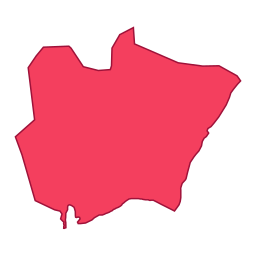 Gwoza, Borno, Nigeria (Equal Earth projection)
{"feature_id": "59680162B2846194934808", "entity_name": "Gwoza", "entity_type": "district", "adm_level": 2, "iso_a3": "NGA", "parent_name": "Nigeria", "parent_adm1": "Borno", "projection": "equal_earth", "projection_center": [13.592, 11.15], "detail": "fine", "context": "isolated", "style": "filled", "palette": "rose", "viewbox_px": 256, "rotation_deg": 0, "n_neighbors": 0, "source": "geoboundaries", "source_scale": "gbopen_adm2", "svg_char_len": 1901}
<svg xmlns="http://www.w3.org/2000/svg" viewBox="0 0 256 256"><path d="M63.7,228.3L64.1,228.4L65.9,227.7L65.8,223.4L65.8,222.6L65.5,221.0L65.4,219.5L65.7,217.5L65.8,213.2L67.6,209.7L67.6,207.3L67.8,206.0L68.4,205.2L69.6,204.8L70.8,205.2L71.7,205.6L74.1,207.3L75.3,211.4L75.4,215.8L75.6,217.2L76.4,217.5L78.1,217.0L79.6,217.4L80.1,218.9L77.5,222.1L78.2,223.6L80.3,223.6L85.6,223.0L92.0,219.9L94.4,217.7L99.2,215.0L99.3,215.0L102.3,215.0L104.4,214.2L106.0,213.4L107.3,213.0L109.3,212.2L110.5,211.4L112.3,210.6L113.5,209.4L114.8,209.0L116.0,208.2L118.1,207.4L119.6,206.6L120.8,205.8L121.7,205.0L122.4,203.8L123.6,203.0L125.4,201.4L126.8,200.4L129.0,199.0L131.2,198.6L138.5,198.6L140.6,199.0L141.8,199.0L143.0,199.4L145.7,199.8L147.0,199.8L147.6,199.8L148.5,199.8L148.7,200.0L149.4,200.3L150.2,200.4L150.6,200.2L151.1,200.2L153.3,200.2L154.8,201.0L157.6,202.4L161.0,204.2L163.4,205.4L166.8,207.1L174.5,211.0L176.7,208.0L179.0,204.8L180.2,201.5L180.7,198.3L180.8,197.4L180.8,195.8L180.8,190.7L180.8,190.3L180.7,188.2L181.0,187.1L182.2,183.3L185.5,179.7L186.1,178.5L187.0,174.7L187.7,171.8L189.1,166.7L190.2,162.5L193.9,156.9L194.9,155.6L196.0,154.2L198.9,150.9L201.5,145.9L202.3,141.5L204.1,138.2L206.4,136.5L207.5,134.8L207.7,134.3L208.1,134.0L208.3,133.8L208.5,133.6L208.6,133.2L208.6,132.9L208.5,132.7L207.2,131.1L207.1,130.8L207.2,130.3L207.5,129.7L207.9,128.5L211.0,126.6L213.9,123.2L218.7,117.0L226.2,104.9L229.4,97.5L230.8,92.9L233.8,88.8L235.5,86.7L237.6,84.1L240.6,80.9L237.1,75.9L219.0,65.8L202.7,66.1L178.1,62.8L134.5,43.9L133.5,29.5L133.4,27.6L119.8,34.6L112.0,48.1L111.5,65.8L110.3,69.6L98.3,70.5L83.3,66.7L71.0,48.1L68.9,46.2L43.4,47.2L36.3,55.8L28.2,67.7L34.6,119.8L15.4,136.8L22.0,154.8L35.2,200.6L54.6,209.8L60.0,211.1L62.0,214.0L60.6,218.9L63.2,221.6L63.9,222.1L63.6,223.6L63.8,224.6L64.2,225.0L64.2,225.4L63.8,226.1L63.7,228.3Z" fill="#f43f5e" stroke="#9f1239" stroke-width="1.5"/></svg>